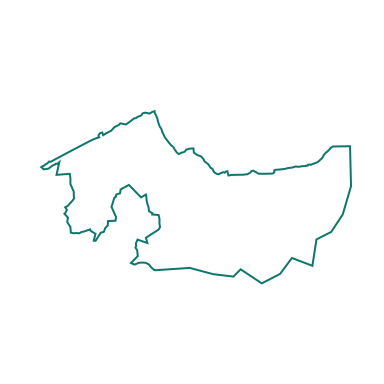 the district of Jada, Adamawa, Nigeria, rotated 15°
{"feature_id": "59680162B17489209533224", "entity_name": "Jada", "entity_type": "district", "adm_level": 2, "iso_a3": "NGA", "parent_name": "Nigeria", "parent_adm1": "Adamawa", "projection": "mercator", "projection_center": [12.304, 8.694], "detail": "fine", "context": "isolated", "style": "outline", "palette": "teal", "viewbox_px": 384, "rotation_deg": 15, "n_neighbors": 0, "source": "geoboundaries", "source_scale": "gbopen_adm2", "svg_char_len": 3020}
<svg xmlns="http://www.w3.org/2000/svg" viewBox="0 0 384 384"><g transform="rotate(15 192 192)"><path d="M39.9,207.0L43.1,208.5L47.4,206.5L49.5,203.7L51.7,201.3L52.5,201.1L52.9,200.1L54.7,199.5L56.1,197.5L56.7,210.5L69.2,206.1L71.0,210.2L72.5,215.9L74.3,218.0L77.7,222.3L78.5,225.2L79.1,227.1L79.7,228.7L79.0,230.8L78.0,232.9L77.3,234.0L76.2,236.5L75.1,238.2L74.1,238.9L73.4,239.6L75.8,241.6L75.2,244.5L74.4,246.0L78.8,248.8L79.2,253.3L83.5,257.1L85.5,262.6L88.4,262.5L90.7,261.6L93.8,261.1L95.4,259.4L98.3,257.9L103.2,254.5L104.0,255.6L109.6,257.4L109.7,264.4L111.5,264.1L114.4,254.9L117.1,253.4L117.6,249.1L119.3,246.1L118.4,241.8L125.5,239.6L125.1,235.8L118.1,227.2L118.5,217.6L118.7,217.2L119.4,216.9L119.7,215.7L119.4,215.2L119.6,214.0L122.8,211.9L122.4,208.0L129.2,201.5L144.2,210.4L146.1,208.4L147.4,207.1L148.1,206.4L149.2,208.7L150.4,212.0L152.1,215.2L153.9,217.9L155.4,221.6L159.3,222.8L159.4,224.0L165.7,222.9L167.5,226.2L168.7,230.9L170.2,234.1L169.5,236.9L159.3,248.1L162.1,252.8L151.7,252.1L151.1,256.5L151.6,257.6L152.0,258.1L151.8,260.4L154.2,262.6L156.2,268.0L151.4,276.4L155.3,277.0L158.9,274.2L162.0,273.1L165.4,272.4L168.9,273.0L172.7,275.7L175.2,276.9L175.6,277.1L177.5,276.9L179.0,276.3L209.5,265.9L229.0,265.9L233.5,265.9L253.9,263.0L259.0,254.1L283.0,262.2L298.3,248.3L305.6,229.9L327.4,232.1L324.6,206.6L324.5,205.6L336.8,194.5L343.4,174.7L344.1,145.2L332.8,106.9L316.6,111.5L316.4,111.6L314.6,113.3L313.2,116.5L311.1,119.4L309.7,122.2L309.3,124.3L308.6,126.1L307.5,127.8L306.1,130.0L304.7,131.4L302.2,133.1L299.5,135.1L298.7,134.9L296.9,135.8L297.0,136.4L294.9,137.5L292.2,138.4L288.4,140.1L285.6,140.5L283.8,141.6L282.0,142.7L278.5,144.0L275.9,145.6L273.7,146.5L269.4,148.1L266.4,149.2L265.9,149.9L265.9,150.4L266.4,151.3L265.8,152.8L264.6,153.5L264.3,153.6L261.8,154.3L259.3,155.0L258.3,155.4L254.4,156.4L251.5,157.1L245.8,155.5L244.0,156.5L243.2,158.3L241.7,159.7L240.6,160.7L239.5,161.0L237.0,162.1L234.2,162.8L228.5,164.5L226.0,165.2L222.9,166.6L220.8,162.8L219.1,163.7L218.6,164.9L216.9,164.8L215.2,166.2L213.8,167.2L213.2,168.0L211.5,168.1L208.9,167.5L207.0,166.0L206.0,164.5L203.6,163.7L200.4,160.9L196.2,159.2L194.5,157.2L191.5,155.3L187.4,154.9L183.6,153.5L182.2,149.6L180.4,150.0L178.7,150.7L175.4,152.6L174.7,154.6L173.4,155.9L172.3,156.3L170.8,157.5L169.4,158.8L167.0,157.7L164.1,155.3L162.4,153.5L159.5,152.1L159.4,152.0L156.0,149.6L152.8,147.1L151.8,146.4L147.5,141.4L146.1,139.0L144.4,137.6L144.0,137.2L142.2,134.7L140.8,132.6L140.2,131.4L139.8,130.5L137.7,127.6L135.5,125.2L134.9,123.6L133.1,124.8L130.6,127.3L128.2,127.3L125.9,127.6L123.9,128.9L123.1,131.2L120.0,133.6L118.5,135.3L117.1,135.8L113.9,140.0L110.7,143.9L105.0,144.2L104.1,146.0L100.3,149.4L98.0,153.8L94.1,157.3L91.5,160.1L90.6,158.8L89.9,157.8L87.8,159.2L87.0,161.4L87.4,162.5L88.1,163.2L84.8,165.4L81.7,167.9L79.9,169.5L77.0,172.1L73.9,175.0L73.6,175.2L55.8,191.7L48.4,198.7L47.5,199.5L46.2,199.5L44.9,201.6L43.2,203.5L42.3,204.8L40.4,206.2L39.9,207.0Z" fill="none" stroke="#0f766e" stroke-width="2"/></g></svg>